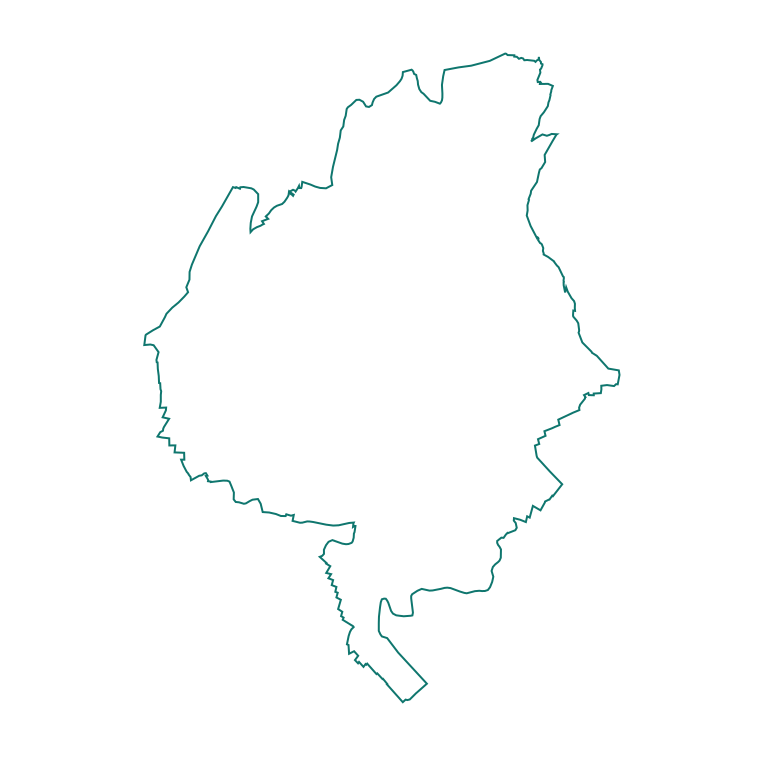 Jaltocán, Hidalgo, Mexico (Mercator projection), rotated 175°
{"feature_id": "50627088B46282994353665", "entity_name": "Jaltocán", "entity_type": "district", "adm_level": 2, "iso_a3": "MEX", "parent_name": "Mexico", "parent_adm1": "Hidalgo", "projection": "mercator", "projection_center": [-98.528, 21.154], "detail": "fine", "context": "isolated", "style": "outline", "palette": "teal", "viewbox_px": 768, "rotation_deg": 175, "n_neighbors": 0, "source": "geoboundaries", "source_scale": "gbopen_adm2", "svg_char_len": 6153}
<svg xmlns="http://www.w3.org/2000/svg" viewBox="0 0 768 768"><g transform="rotate(175 384 384)"><path d="M385.8,67.5L379.2,73.0L367.4,81.7L393.3,115.2L403.0,130.6L408.1,132.7L409.4,134.9L410.7,138.5L410.0,146.5L409.3,152.6L407.4,162.0L406.2,166.9L404.9,169.7L402.6,170.2L400.9,169.9L399.7,167.9L398.8,165.7L396.7,157.3L395.1,154.5L392.0,152.5L388.9,151.8L384.6,150.9L377.6,150.8L375.9,151.0L375.1,153.7L375.6,168.0L375.4,170.4L374.3,172.1L368.7,175.1L364.3,176.6L356.7,174.2L353.6,174.1L345.0,175.0L341.4,175.6L338.7,175.6L335.5,174.9L326.4,170.6L322.2,168.9L319.8,168.3L311.5,169.7L307.0,169.7L304.5,169.2L301.5,169.0L298.5,169.7L296.1,172.3L293.5,177.4L291.9,182.5L293.1,188.4L291.5,192.2L289.0,194.6L285.8,196.7L284.3,198.0L282.8,200.7L281.9,209.0L283.1,211.8L284.4,213.8L285.1,215.9L284.9,217.8L280.5,220.7L278.3,220.3L275.7,223.4L274.0,224.9L273.7,224.6L265.9,226.9L264.3,229.2L264.9,234.0L266.6,236.6L266.2,239.0L260.2,236.9L254.7,234.1L252.9,239.7L250.5,238.2L246.3,249.6L239.1,244.5L234.1,251.9L233.8,252.9L229.4,254.6L229.2,254.5L226.1,258.1L225.5,257.5L215.2,268.6L226.4,282.4L237.8,297.3L238.2,299.1L239.0,309.5L234.6,310.7L235.4,315.6L227.6,318.3L228.3,323.0L220.7,325.2L217.0,326.5L212.7,327.8L213.5,333.3L198.0,339.0L191.6,341.0L191.7,343.4L190.4,346.3L185.1,351.9L184.9,353.0L184.4,353.3L185.7,355.5L181.2,357.2L180.9,355.1L176.0,354.5L175.9,356.2L168.8,356.0L167.9,359.7L167.7,363.3L161.9,363.5L155.0,361.9L152.8,363.6L151.2,363.3L148.6,372.5L148.9,377.1L159.2,379.8L169.5,393.5L174.1,397.0L174.4,398.0L182.8,408.1L185.7,418.2L185.2,419.2L184.9,420.5L185.2,427.6L186.5,430.3L189.6,434.7L189.7,436.1L189.0,440.7L187.3,440.2L187.3,443.1L186.8,447.3L187.4,450.0L189.7,453.1L192.9,460.0L194.1,464.5L195.6,459.4L196.4,466.7L196.2,469.9L195.9,470.1L196.1,471.6L195.6,473.7L195.6,474.9L196.3,475.6L199.9,485.2L201.4,486.9L203.8,490.7L203.8,491.2L209.5,496.3L213.7,499.1L213.5,500.1L214.1,502.7L213.5,505.5L214.6,509.4L215.5,510.4L216.2,510.8L217.9,513.9L217.4,515.4L217.7,516.2L218.2,516.7L218.9,516.0L224.2,528.7L227.1,539.4L225.8,544.3L225.5,549.6L223.5,554.8L223.9,555.5L221.3,560.7L220.6,563.7L214.0,571.9L211.2,581.1L210.1,584.1L208.3,585.3L204.1,591.1L204.0,598.2L194.7,611.6L190.5,617.4L190.0,617.7L195.2,618.5L197.5,617.7L200.1,617.1L204.4,618.8L211.5,615.5L216.2,612.8L214.3,615.6L214.6,615.7L213.9,616.6L213.0,619.3L209.6,625.0L207.3,628.3L205.9,634.4L204.6,637.2L201.0,640.8L196.6,646.5L195.6,650.2L194.5,652.3L192.9,657.3L193.1,657.8L191.9,660.9L191.7,662.2L189.8,666.2L194.4,668.7L202.6,669.3L202.5,669.8L201.4,670.4L202.0,671.4L204.5,671.4L204.7,673.5L201.1,680.5L201.2,683.6L200.0,684.5L198.4,687.6L198.2,688.7L199.7,689.6L199.6,691.1L201.1,693.3L201.2,696.3L201.8,693.7L203.6,693.0L205.0,691.7L206.2,692.9L213.2,694.3L216.0,694.3L217.1,696.2L218.9,696.9L221.2,696.2L223.2,698.4L225.7,698.8L225.5,700.1L232.2,700.9L233.5,702.3L234.5,702.6L250.4,696.7L269.4,693.5L282.1,692.9L296.3,691.5L298.2,685.5L300.2,676.9L300.5,668.3L300.9,664.2L301.5,661.6L302.7,659.5L303.9,658.4L308.7,660.7L313.3,662.1L319.3,669.7L321.4,671.5L323.1,674.7L324.0,679.3L324.0,682.9L324.6,685.8L325.0,689.1L327.0,690.3L327.6,692.7L328.3,693.9L329.1,694.7L338.0,693.1L338.6,689.5L339.9,686.6L341.7,684.3L345.6,680.5L354.5,674.0L366.6,670.9L369.0,668.8L370.8,665.5L371.7,662.9L374.8,661.3L377.7,662.1L380.2,667.0L383.7,669.3L386.8,669.4L392.4,664.9L395.9,662.8L397.2,661.2L398.8,654.5L400.7,650.5L402.1,644.1L405.0,640.4L406.5,633.3L408.8,627.3L410.3,621.2L415.9,604.7L418.6,594.6L418.2,586.7L424.7,584.0L430.6,584.9L435.4,586.7L439.9,589.1L447.8,592.5L448.9,587.6L449.4,586.4L451.2,586.6L451.4,588.8L452.7,586.7L455.3,583.4L455.9,584.4L457.7,585.4L461.1,583.9L461.7,584.4L461.8,584.1L457.5,580.5L458.2,579.4L459.0,580.4L462.1,582.8L462.7,580.3L464.1,578.1L467.3,574.2L469.8,572.2L475.1,570.9L478.2,569.4L481.2,567.0L483.9,563.8L486.7,561.6L486.6,561.4L487.1,561.1L485.0,558.6L491.3,556.8L489.7,553.9L491.4,553.3L493.2,552.4L497.0,551.3L500.9,549.5L503.7,546.9L503.6,550.3L502.7,556.1L500.9,562.4L495.5,571.8L493.5,576.1L492.8,584.1L496.8,589.1L499.1,590.5L506.8,592.5L510.0,592.5L510.5,591.1L514.1,593.0L514.7,592.2L517.3,593.3L530.0,574.9L536.8,565.9L545.9,551.5L555.6,537.3L565.0,519.6L567.9,512.6L568.7,504.9L572.5,497.6L571.2,492.5L575.3,488.5L581.6,483.1L588.3,478.5L594.6,472.9L596.4,469.7L602.3,460.8L609.4,457.7L616.8,453.9L617.3,453.3L619.4,443.7L613.3,443.7L610.1,442.7L605.8,435.4L608.6,427.8L608.5,425.5L607.7,425.2L608.0,418.7L607.7,411.6L608.0,404.6L606.9,404.3L607.1,398.4L606.6,396.2L607.3,392.6L607.9,385.7L609.5,379.8L603.1,379.5L603.6,376.7L607.4,370.1L601.1,368.1L606.9,360.4L607.8,358.8L608.3,356.7L611.1,355.5L614.2,351.4L609.6,350.0L602.7,348.6L603.2,341.5L597.2,341.0L598.6,334.1L589.1,332.9L589.5,326.0L592.7,326.3L590.8,319.9L588.2,313.7L586.7,311.7L586.6,311.0L584.8,308.2L584.7,304.9L576.1,308.7L573.5,308.9L570.9,310.6L569.2,310.7L567.9,308.1L569.5,307.9L568.1,305.1L567.5,303.4L567.8,302.5L565.1,301.9L565.1,301.4L552.6,301.8L548.5,301.3L546.4,300.2L545.0,295.8L543.0,289.0L543.8,282.2L542.0,279.4L538.8,278.8L534.0,276.9L532.0,277.1L528.1,279.0L525.1,280.2L519.6,280.4L517.3,275.5L516.0,267.0L509.6,266.0L503.0,263.9L498.2,261.5L493.5,261.0L492.7,262.7L488.1,260.9L485.3,261.4L487.0,255.6L479.8,253.1L477.5,253.0L472.5,253.8L470.1,253.5L466.6,252.7L453.8,248.9L446.9,247.4L441.5,247.2L430.8,248.6L426.2,248.6L426.6,247.9L427.3,244.3L425.7,245.2L424.8,245.0L426.3,238.9L427.0,237.7L427.6,233.5L429.0,229.8L430.1,228.6L433.3,227.7L435.8,227.7L439.4,228.6L449.1,233.0L453.0,231.6L455.8,228.5L458.3,224.1L458.6,220.0L460.5,218.2L463.1,217.4L456.8,210.6L457.3,210.1L453.4,207.2L458.0,200.8L453.3,199.2L456.3,195.3L451.8,193.1L453.6,188.2L449.1,186.0L450.6,181.2L448.3,180.1L450.0,175.5L445.8,172.8L449.3,163.8L445.4,160.7L447.0,156.5L444.6,154.8L445.7,152.7L435.8,145.3L435.4,144.5L437.9,142.4L439.5,140.0L441.2,136.0L443.6,127.9L442.1,127.1L442.3,118.3L437.1,120.4L433.4,115.5L437.0,111.5L434.2,108.0L433.1,109.3L429.1,104.0L426.8,106.6L426.2,105.9L425.1,106.9L416.8,95.7L415.9,96.3L411.2,90.2L410.7,90.4L406.9,84.9L407.3,84.6L393.0,65.4L390.0,67.7L388.3,67.1L385.8,67.5Z" fill="none" stroke="#0f766e" stroke-width="2"/></g></svg>